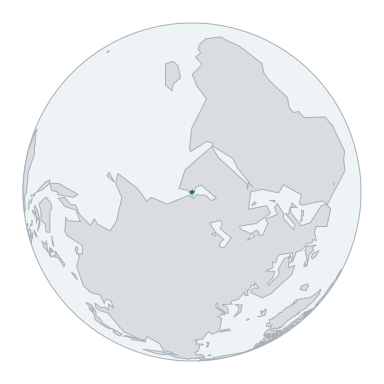 the Earth from above Sharjah, rotated 158°
{"feature_id": "ARE-348", "entity_name": "Sharjah", "entity_type": "Emirate", "adm_level": 1, "iso_a3": "ARE", "parent_name": "United Arab Emirates", "parent_adm1": "", "projection": "orthographic", "projection_center": [55.908, 25.102], "detail": "fine", "context": "on_globe", "style": "filled", "palette": "teal", "viewbox_px": 384, "rotation_deg": 158, "n_neighbors": 0, "source": "natural_earth", "source_scale": "10m", "svg_char_len": 10964}
<svg xmlns="http://www.w3.org/2000/svg" viewBox="0 0 384 384"><g transform="rotate(158 192 192)"><circle cx="192" cy="192" r="169" fill="#eef3f6" stroke="#a8b0b8"/><path d="M245.3,31.7L244.5,31.4L246.9,32.3L244.6,31.7L236.6,29.3L235.0,29.1L239.7,30.6L240.4,31.4L233.7,29.1L234.2,30.3L221.0,27.7L205.1,24.1L196.0,23.9L175.0,24.2L175.1,24.4L167.3,25.3L164.5,26.1L161.4,26.4L161.9,26.9L165.3,26.5L166.7,26.7L165.4,27.3L161.2,27.6L161.2,27.3L159.3,27.8L157.7,27.7L157.8,28.1L152.8,28.7L155.8,29.1L150.2,30.4L147.4,30.6L150.3,29.3L151.0,28.1L162.7,25.6L174.5,23.9L186.5,23.1L198.4,23.2L210.4,24.0L222.2,25.8L233.9,28.3L245.3,31.7ZM123.4,37.6L129.5,35.1L130.2,35.0L135.6,33.4L131.9,35.2L125.4,38.0L120.8,39.6L117.8,41.1L119.9,41.0L109.1,46.2L98.1,53.5L95.6,55.0L94.8,54.3L100.6,49.9L100.4,50.0L111.7,43.4L123.4,37.6ZM97.8,51.7L97.4,52.0L93.5,54.7L97.8,51.7ZM88.7,58.3L87.6,59.2L88.8,58.3L86.1,60.5L86.5,60.0L88.7,58.3ZM247.6,32.5L249.1,33.0L249.6,33.3L247.6,32.5ZM137.2,32.6L136.4,33.0L135.8,33.1L137.2,32.6ZM140.3,31.6L140.2,31.5L141.7,31.0L140.3,31.6ZM246.7,32.9L247.2,33.4L245.3,32.4L246.7,32.9ZM140.1,32.0L144.3,30.2L146.8,29.5L149.1,29.4L140.1,32.0ZM246.5,33.5L247.8,35.3L251.2,36.4L242.2,34.8L244.1,33.5L241.3,31.9L244.6,33.1L246.5,33.5ZM167.0,26.2L163.3,26.6L167.5,25.8L167.0,26.2ZM169.3,25.7L180.4,23.8L185.2,23.9L180.5,24.3L187.6,24.3L184.5,25.1L179.9,25.3L177.4,25.1L178.1,25.7L169.3,25.7ZM237.1,33.8L236.2,34.1L235.6,33.4L237.1,33.8ZM167.6,26.7L169.4,26.2L173.6,26.1L170.8,27.2L170.3,26.9L167.6,26.7ZM191.0,24.0L193.7,24.3L191.9,25.0L192.7,25.3L184.8,25.2L191.0,24.0ZM168.7,27.2L169.2,27.8L166.0,28.4L166.1,27.3L168.7,27.2ZM175.9,25.8L177.8,25.8L175.8,26.1L175.9,25.8ZM155.0,31.6L157.1,30.7L159.5,30.5L155.0,31.6ZM169.6,28.0L170.7,27.8L171.9,27.7L171.5,28.3L169.6,28.0ZM184.1,25.8L182.8,26.2L187.2,25.9L186.0,26.7L181.0,26.5L182.7,26.9L182.3,27.2L178.6,26.8L184.1,25.8ZM174.8,28.7L168.0,29.2L163.6,30.8L161.3,30.9L168.8,28.4L174.8,28.7ZM177.4,27.6L175.2,28.2L173.5,27.9L173.9,27.3L177.4,27.6ZM187.0,27.3L190.1,26.2L191.1,26.3L187.0,27.3ZM173.8,29.2L175.5,29.1L173.7,29.3L173.8,29.2ZM183.4,27.9L184.3,27.4L185.4,27.5L183.4,27.9ZM178.0,29.4L175.8,29.5L176.0,29.0L178.0,29.4ZM180.7,28.7L182.0,29.0L177.4,28.7L181.0,28.5L180.7,28.7ZM184.2,28.1L185.2,28.0L183.7,28.3L184.2,28.1ZM178.5,31.5L172.6,31.2L173.1,30.0L178.7,30.4L178.5,31.5ZM36.9,200.8L35.3,172.7L39.2,165.4L42.2,154.5L71.1,130.0L74.8,134.9L94.7,138.5L96.8,140.8L91.7,148.6L104.5,164.4L111.9,158.7L126.2,168.3L137.4,170.2L146.2,154.8L127.8,151.3L127.3,142.8L144.2,138.8L160.6,142.5L161.0,139.4L152.8,131.0L158.9,126.2L150.2,127.7L152.1,131.3L146.7,132.5L144.7,129.4L146.9,127.7L142.6,125.5L133.1,135.0L134.0,139.6L121.2,138.9L121.4,146.7L117.1,149.3L115.3,137.1L117.2,133.3L111.9,119.2L108.7,123.0L113.5,136.8L111.0,135.1L106.7,141.2L108.0,135.3L103.6,119.9L93.7,119.2L77.0,131.0L72.0,130.1L69.7,124.6L79.8,109.5L89.8,113.5L93.5,108.9L94.9,100.4L97.8,102.6L99.6,99.8L103.7,101.2L112.9,96.6L117.6,97.6L124.5,89.9L127.8,89.5L122.8,94.0L121.8,98.0L133.9,101.2L137.2,100.0L140.7,95.0L143.6,96.8L145.4,91.5L154.0,91.4L145.1,87.4L149.0,82.1L155.9,79.2L155.6,76.9L144.3,81.8L141.2,84.5L141.1,87.9L131.4,95.6L126.5,95.9L130.7,85.7L124.3,85.3L130.4,78.2L157.1,68.2L166.6,67.6L175.4,77.3L171.3,80.0L166.1,77.8L167.9,84.5L169.2,81.7L171.6,83.5L175.9,79.5L177.8,80.6L178.7,75.1L181.5,76.1L180.9,79.5L189.7,75.1L196.4,76.3L197.5,74.9L196.7,73.0L205.8,76.1L206.1,75.0L203.3,73.4L202.3,70.2L203.9,65.9L207.0,67.2L206.8,69.0L211.0,74.9L210.0,79.6L211.4,79.8L213.0,76.0L207.9,68.7L208.0,65.8L211.1,68.9L210.0,67.5L211.0,66.6L214.9,66.9L211.8,63.5L218.9,52.6L227.1,52.9L229.0,56.4L237.2,51.8L245.8,53.5L243.2,51.9L245.3,49.3L242.7,48.7L241.6,47.8L245.9,42.1L249.3,42.2L248.2,39.0L246.9,38.3L244.3,38.0L242.2,34.8L251.2,36.4L253.8,37.7L257.6,38.2L263.0,41.5L269.2,44.8L272.8,48.8L277.4,51.4L278.4,51.4L285.4,55.4L296.4,64.6L283.2,57.2L265.8,45.7L272.5,50.1L269.7,49.3L271.4,51.2L276.2,54.6L277.6,54.8L278.7,63.2L287.8,74.8L290.3,72.3L295.1,74.5L307.7,88.0L315.3,111.5L321.8,116.6L324.4,121.0L323.5,125.3L319.7,118.9L316.0,118.0L314.0,114.0L311.3,119.4L308.3,114.0L307.7,121.3L311.5,124.8L315.0,121.7L315.7,130.9L323.3,136.4L327.8,145.6L326.9,165.8L320.7,174.6L321.0,177.8L316.7,175.8L313.8,183.7L324.0,198.0L324.7,203.0L318.6,215.4L317.9,211.8L306.6,206.5L306.4,218.9L315.1,225.9L318.2,236.2L312.3,234.8L309.0,225.9L304.9,223.7L304.6,213.2L298.6,199.0L292.6,203.8L291.7,197.5L282.5,186.6L273.1,193.1L259.2,212.9L259.5,228.9L253.7,236.8L241.2,215.5L237.3,200.2L231.7,202.3L219.7,190.0L196.0,190.1L193.5,186.0L188.9,187.9L180.6,183.7L177.3,176.8L171.8,177.1L180.9,195.0L186.9,194.9L193.2,188.2L194.5,194.5L202.6,200.1L190.2,215.1L156.5,226.8L154.9,214.6L137.9,179.0L139.3,175.3L139.3,174.9L139.2,174.1L136.0,179.9L133.6,172.9L140.9,197.5L141.4,207.6L156.0,227.5L154.2,229.2L159.5,233.4L178.2,230.0L177.9,233.9L168.1,251.5L143.6,272.9L147.8,288.5L147.7,300.7L134.7,306.7L138.1,315.8L131.7,317.7L132.8,322.4L128.9,326.3L121.6,328.9L106.8,324.9L104.1,320.6L93.9,310.1L79.0,285.1L80.8,275.8L78.8,266.9L68.2,243.7L70.4,233.4L68.0,227.6L62.9,226.6L60.4,219.6L57.5,218.0L40.7,211.8L36.9,200.8ZM58.3,145.1L56.9,148.2L58.3,145.1ZM176.4,155.1L187.3,156.6L185.3,146.0L189.4,145.8L187.2,142.5L185.1,145.3L180.3,136.2L186.1,133.7L186.2,129.3L182.5,128.7L172.7,134.9L179.6,147.6L175.8,151.5L176.4,155.1ZM91.0,56.6L90.9,56.6L89.1,58.0L89.6,57.6L91.0,56.6ZM86.6,61.4L82.3,64.7L85.4,62.1L84.4,62.5L89.6,57.9L94.6,55.5L91.4,57.3L86.6,61.4ZM97.9,51.8L94.1,54.5L98.1,51.6L97.9,51.8ZM105.6,84.8L105.8,87.1L102.6,89.8L96.7,89.8L101.3,85.9L105.6,84.8ZM107.0,90.0L112.8,80.6L116.7,80.6L113.5,82.1L115.5,83.1L110.9,85.8L109.0,95.6L106.0,98.7L96.7,96.3L101.4,95.2L100.8,92.7L107.0,90.0ZM120.7,60.6L123.2,57.7L128.4,61.3L125.4,63.7L119.3,63.6L119.3,60.7L120.7,60.6ZM143.2,32.6L143.8,32.1L145.0,31.9L145.4,32.2L143.2,32.6ZM155.8,31.2L141.6,35.2L141.6,34.6L133.2,38.2L130.1,38.3L135.6,35.8L126.9,38.9L130.5,36.7L124.6,39.1L137.3,33.7L140.2,32.3L138.1,33.7L141.0,33.6L143.1,33.1L151.4,30.9L159.2,28.3L163.3,28.1L164.1,28.8L162.8,29.4L160.6,29.2L160.5,30.2L156.3,30.4L155.8,31.2ZM171.2,42.3L169.1,40.8L168.3,44.8L164.0,44.2L164.2,44.7L160.1,45.4L155.4,47.3L153.8,46.7L152.7,47.7L149.9,48.4L147.8,49.6L144.3,49.2L141.4,50.8L141.4,49.7L137.3,52.7L138.8,50.4L135.4,51.3L135.8,53.1L122.2,49.9L115.4,51.1L108.9,53.6L112.2,49.8L120.4,45.3L130.4,41.5L136.5,41.2L136.9,39.8L139.9,39.3L138.3,40.6L142.6,38.4L144.7,38.5L153.5,36.4L158.4,33.7L161.8,33.1L160.9,34.2L164.9,32.9L165.5,34.7L167.9,34.4L171.0,36.1L167.9,38.7L170.8,38.2L173.3,39.8L171.2,42.3ZM179.2,32.0L176.5,34.8L172.8,36.0L169.0,32.6L166.8,32.6L164.2,31.0L169.6,29.4L169.8,30.0L171.3,30.2L169.0,30.6L171.9,30.5L172.3,31.3L174.7,31.5L173.2,32.3L179.2,32.0ZM100.8,138.5L102.7,139.6L106.0,140.2L103.4,144.3L100.8,138.5ZM97.5,128.1L99.5,128.2L97.4,133.8L95.5,132.9L97.5,128.1ZM102.4,123.7L99.8,127.8L100.0,125.0L102.4,123.7ZM124.8,94.0L127.1,94.0L126.6,95.2L124.6,96.8L124.8,94.0ZM167.8,55.8L167.2,54.3L168.3,53.9L170.4,50.5L173.7,50.9L173.7,53.2L167.8,55.8ZM142.1,157.0L137.8,159.5L136.5,157.7L138.3,157.2L142.1,157.0ZM118.9,152.0L123.3,155.2L118.1,153.0L118.9,152.0ZM171.8,55.7L172.2,54.1L173.6,55.3L171.8,55.7ZM176.2,51.1L178.1,52.2L174.3,50.6L176.2,51.1ZM217.2,353.0L219.1,353.6L216.2,354.0L217.2,353.0ZM176.6,301.0L168.5,320.7L160.5,320.2L157.7,314.3L159.8,302.2L168.7,299.2L172.7,293.5L176.6,301.0ZM340.5,249.4L342.7,248.5L342.5,249.2L340.5,249.4ZM338.4,248.7L341.1,247.1L337.7,250.5L338.4,248.7ZM342.1,246.5L344.8,243.2L346.0,241.3L345.6,242.9L342.1,246.5ZM336.5,249.9L324.6,256.0L319.5,256.5L321.0,253.4L329.3,250.2L336.5,249.9ZM320.6,253.5L312.3,249.7L298.7,232.5L303.7,231.4L317.4,239.7L316.6,242.3L321.6,246.0L320.6,253.5ZM339.2,231.1L338.3,238.2L332.1,241.1L329.1,241.6L327.0,234.0L328.2,229.0L330.8,227.9L339.0,207.8L342.2,209.7L340.1,217.6L342.6,222.0L339.2,231.1ZM260.3,230.3L264.9,238.9L261.5,241.0L260.3,230.3ZM341.0,195.1L338.6,203.8L340.4,193.1L341.0,195.1ZM341.3,185.6L342.1,188.9L340.2,186.5L341.3,185.6ZM322.2,182.5L319.5,184.6L318.8,182.2L321.8,178.2L322.2,182.5ZM331.1,153.4L333.5,160.4L333.8,163.0L331.4,159.5L331.1,153.4ZM200.5,60.1L194.0,64.1L191.6,67.9L193.6,71.2L187.9,68.5L191.8,62.6L200.5,60.1ZM216.4,53.3L214.5,50.8L217.1,51.1L217.9,51.7L216.4,53.3ZM214.0,52.3L208.4,51.0L208.5,49.1L212.9,50.5L214.0,52.3ZM189.9,52.6L187.8,53.6L186.7,52.6L189.9,52.6ZM328.3,291.9L314.2,307.3L311.9,308.4L315.7,304.0L319.9,294.0L320.9,293.5L324.2,285.8L336.1,272.1L345.7,253.6L348.7,250.9L353.2,238.0L355.1,234.9L352.5,244.1L352.5,244.8L347.9,257.2L342.3,269.3L335.7,280.8L328.3,291.9ZM345.7,246.1L349.1,238.6L350.4,236.9L345.7,246.1ZM358.3,221.6L357.4,224.6L358.2,220.5L358.6,216.3L356.3,219.0L355.8,216.7L357.0,213.1L354.9,213.5L357.3,208.9L357.9,214.0L359.0,207.1L360.2,205.1L360.5,204.1L358.3,221.6ZM356.4,222.9L356.8,222.4L356.3,224.8L356.4,222.9ZM351.6,223.5L351.4,225.4L350.6,224.9L351.6,223.5ZM352.7,221.4L354.8,220.9L352.4,223.2L352.7,221.4ZM344.2,222.5L345.1,226.0L348.0,221.2L345.8,226.7L347.3,232.1L346.5,235.2L345.0,229.2L343.8,237.4L342.5,238.2L342.2,232.1L343.8,223.1L345.1,218.8L350.0,213.5L344.2,222.5ZM352.8,216.3L352.2,212.0L352.6,208.3L353.4,210.2L352.8,216.3ZM349.5,202.1L346.9,198.1L345.2,201.8L348.0,190.8L350.1,196.4L349.5,202.1ZM346.2,191.0L344.7,194.4L345.8,188.3L346.2,191.0ZM343.9,192.8L343.0,189.0L344.6,188.5L343.9,192.8ZM347.2,190.5L346.3,183.5L347.7,186.9L347.2,190.5ZM340.5,180.7L345.1,184.8L340.3,185.1L337.0,172.4L338.8,170.8L340.5,180.7ZM330.6,122.8L328.4,119.7L329.1,117.7L330.4,120.4L330.6,122.8ZM329.5,109.7L328.6,116.2L327.5,122.0L329.3,122.8L331.7,129.3L327.4,125.0L326.0,116.7L327.3,113.5L324.7,108.4L323.9,103.7L319.6,98.2L318.4,95.1L322.6,99.2L329.5,109.7ZM317.7,96.0L310.0,86.2L312.7,85.5L315.0,87.5L317.4,92.2L315.9,92.2L317.7,96.0ZM309.0,83.8L307.4,83.9L292.7,72.5L290.3,70.0L302.9,77.6L302.0,78.2L305.2,81.4L309.0,83.8ZM238.0,34.7L236.4,34.2L237.9,34.3L238.0,34.7ZM240.1,47.6L238.9,46.4L240.8,46.4L240.1,47.6ZM236.5,43.2L235.2,44.0L235.3,42.6L236.5,43.2ZM232.6,46.1L234.1,44.1L234.5,46.9L232.6,46.1Z" fill="#d9dde1" stroke="#a8b0b8" stroke-width="1"/><path d="M192.2,192.4L191.9,192.5L191.7,192.6L191.7,193.0L191.4,193.2L191.4,192.9L191.3,192.7L191.2,192.4L191.3,192.3L191.3,192.2L191.3,191.8L191.2,191.8L191.2,191.7L190.9,191.5L190.8,191.4L190.7,191.4L190.4,191.4L190.5,191.3L190.6,191.2L190.8,191.2L191.2,191.2L191.3,191.1L191.2,191.1L190.9,191.0L190.9,190.9L191.0,190.8L191.2,191.0L191.4,191.1L191.5,191.1L191.6,191.3L191.7,191.5L191.8,191.5L192.0,191.4L192.1,191.2L192.2,191.3L192.2,191.5L192.1,191.8L192.1,192.1L192.2,192.3L192.2,192.4ZM192.7,192.1L192.9,192.4L193.0,192.5L192.9,192.6L192.7,192.6L192.7,192.4L192.8,192.4L192.7,192.4L192.7,192.2L192.7,192.1ZM193.3,192.4L193.1,192.4L193.1,192.5L193.0,192.4L193.1,192.2L193.3,192.4ZM193.2,191.4L192.9,191.3L193.0,191.3L193.0,191.2L193.2,191.3L193.3,191.3L193.2,191.4L193.2,191.4ZM193.0,191.5L192.9,191.6L193.0,191.5L193.0,191.5Z" fill="#14b8a6" stroke="#0f766e" stroke-width="1.5"/></g></svg>